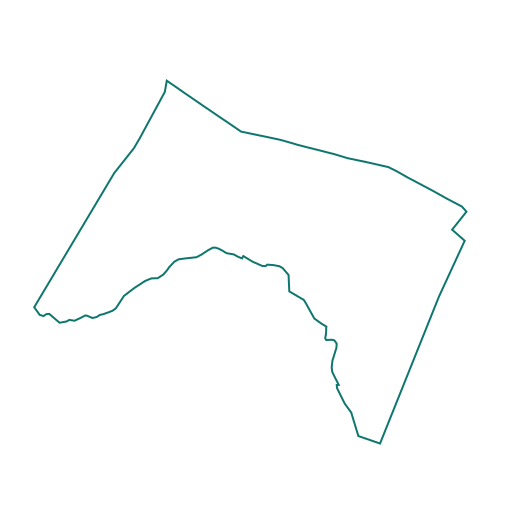 outline of Santiago Apóstol, Oaxaca, Mexico, rotated 20°
{"feature_id": "50627088B59786847930457", "entity_name": "Santiago Apóstol", "entity_type": "district", "adm_level": 2, "iso_a3": "MEX", "parent_name": "Mexico", "parent_adm1": "Oaxaca", "projection": "albers", "projection_center": [-96.73, 16.793], "detail": "fine", "context": "isolated", "style": "outline", "palette": "teal", "viewbox_px": 512, "rotation_deg": 20, "n_neighbors": 0, "source": "geoboundaries", "source_scale": "gbopen_adm2", "svg_char_len": 1693}
<svg xmlns="http://www.w3.org/2000/svg" viewBox="0 0 512 512"><g transform="rotate(20 256 256)"><path d="M94.4,226.6L65.1,380.0L72.9,385.3L76.9,385.1L78.7,382.5L81.5,381.1L94.2,385.9L100.4,382.3L102.4,379.9L107.6,378.9L112.2,374.3L115.9,370.3L117.5,369.9L123.5,370.2L127.2,367.8L129.4,364.8L132.4,362.9L137.3,358.8L140.0,356.4L142.2,353.1L145.6,338.6L152.8,327.4L160.4,317.3L165.4,312.8L171.2,310.5L175.2,305.2L177.1,300.4L178.2,296.3L181.2,289.3L184.4,285.6L189.9,282.7L200.5,277.5L204.4,273.2L208.8,267.2L212.6,262.9L215.1,262.0L218.5,261.9L222.8,262.5L227.4,263.4L234.6,262.1L239.5,262.9L243.7,263.0L244.1,260.4L254.6,262.5L265.2,263.2L268.5,262.2L269.5,260.3L275.4,258.6L278.5,258.1L280.5,257.8L281.1,257.6L285.1,258.2L293.1,262.7L299.4,277.9L315.9,280.9L318.6,283.0L332.2,294.8L340.7,297.2L346.3,298.3L346.7,300.1L347.4,301.8L348.5,305.7L349.1,309.5L350.7,310.9L356.1,308.7L358.6,308.5L361.8,310.8L363.0,314.9L363.1,318.1L363.4,323.0L363.6,328.1L365.2,334.7L367.1,338.6L369.9,341.4L377.8,348.8L376.0,349.6L377.3,352.4L389.9,364.4L399.0,370.5L413.8,390.2L436.7,389.8L441.8,231.7L446.9,170.3L431.3,164.2L438.6,142.4L432.6,139.1L416.1,136.9L399.5,134.2L371.9,130.4L358.4,128.1L350.0,127.2L327.7,130.0L309.6,132.6L309.2,132.7L307.6,132.8L305.8,132.9L303.9,133.0L302.3,133.1L295.2,133.5L294.6,133.5L288.2,134.2L282.8,134.7L276.7,135.3L275.3,135.5L273.8,135.6L267.5,136.3L259.9,137.0L257.6,137.3L251.8,137.6L241.8,138.3L239.6,138.5L237.1,138.8L220.8,141.1L219.0,141.4L199.4,144.2L184.2,140.3L175.7,138.2L158.8,133.9L155.2,133.0L152.6,132.3L133.9,127.5L124.6,125.0L116.4,122.9L112.2,121.8L114.2,133.0L106.5,185.0L104.4,196.5L94.4,226.6Z" fill="none" stroke="#0f766e" stroke-width="2"/></g></svg>